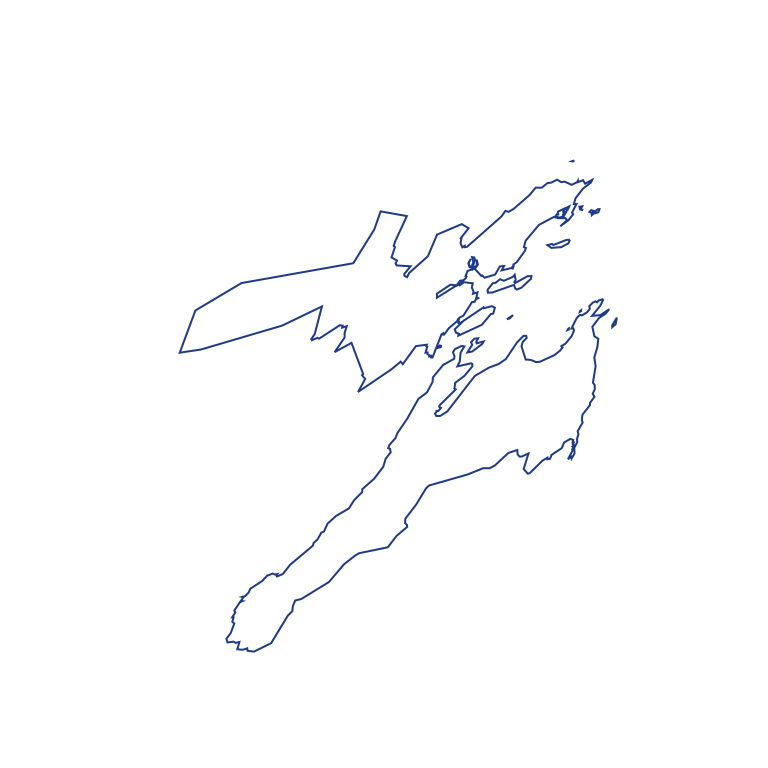 the district of Reykjavíkurborg, Reykjavík, Iceland, rotated 136°
{"feature_id": "244011B48219786980381", "entity_name": "Reykjavíkurborg", "entity_type": "district", "adm_level": 2, "iso_a3": "ISL", "parent_name": "Iceland", "parent_adm1": "Reykjavík", "projection": "equal_earth", "projection_center": [-21.784, 64.152], "detail": "fine", "context": "isolated", "style": "outline", "palette": "blue", "viewbox_px": 768, "rotation_deg": 136, "n_neighbors": 0, "source": "geoboundaries", "source_scale": "gbopen_adm2", "svg_char_len": 6171}
<svg xmlns="http://www.w3.org/2000/svg" viewBox="0 0 768 768"><g transform="rotate(136 384 384)"><path d="M670.3,291.0L666.0,288.9L667.5,286.9L663.4,281.8L645.2,276.0L614.0,284.2L607.7,284.3L604.1,287.4L598.3,290.0L592.9,286.8L561.1,279.8L538.0,282.1L523.5,280.6L519.3,279.5L494.7,263.9L480.4,266.0L466.6,265.1L465.4,266.7L465.5,269.3L462.2,272.3L444.8,274.9L426.3,279.7L422.1,279.7L386.2,260.6L371.2,254.6L366.5,250.0L360.9,248.4L342.5,248.0L334.0,244.0L336.8,240.5L336.9,237.6L335.3,236.1L328.3,233.7L342.6,225.8L342.9,219.6L341.1,218.6L323.4,218.8L317.6,217.5L318.7,216.3L316.5,214.9L312.7,216.6L300.7,214.4L295.0,216.8L288.1,215.1L286.8,212.3L288.9,211.0L288.0,210.1L290.0,209.4L289.6,208.1L291.8,208.2L291.5,207.2L293.9,206.3L293.6,205.5L303.9,202.1L299.8,201.6L300.8,200.1L295.2,201.7L291.4,205.9L285.3,208.0L283.1,210.6L279.0,212.8L277.5,215.5L267.8,218.3L266.8,220.6L262.5,224.1L250.6,225.7L248.8,227.3L241.4,228.7L240.7,232.0L236.2,233.7L233.2,236.8L232.8,239.8L219.4,249.8L214.3,257.0L205.1,262.2L198.4,267.6L199.5,272.2L194.4,280.4L183.6,282.1L175.9,280.7L170.0,281.3L180.6,283.3L187.0,288.5L174.2,290.0L168.1,292.2L168.0,293.2L171.4,294.9L174.0,294.8L174.4,296.5L177.4,297.5L182.3,297.4L183.7,295.1L188.1,294.5L194.1,295.9L194.9,297.6L199.2,297.7L210.6,293.7L209.1,292.5L210.3,290.4L216.0,288.0L225.5,287.0L230.0,288.0L230.0,286.3L234.2,285.7L241.3,286.4L256.4,291.7L259.3,294.0L261.7,299.4L265.1,303.2L258.9,315.6L254.9,317.9L249.4,318.0L248.3,319.8L250.1,321.7L259.5,321.5L279.0,317.3L287.6,318.7L297.1,322.9L313.2,326.7L357.6,320.3L365.6,321.9L368.6,324.5L367.9,327.2L364.5,327.7L365.6,328.8L363.5,326.9L359.6,327.2L360.1,329.2L359.3,330.0L336.1,330.3L336.5,331.8L331.9,335.4L320.5,334.0L308.1,335.3L306.6,337.1L307.0,338.4L319.0,345.7L313.8,347.6L307.0,353.4L300.1,355.2L301.6,357.4L308.7,359.8L312.3,359.0L314.1,354.9L316.0,353.4L328.2,356.6L344.2,354.8L347.7,351.7L359.0,348.1L369.6,349.4L391.4,342.9L408.4,339.4L413.3,337.1L422.4,336.4L425.5,334.9L424.7,333.2L426.6,330.2L434.7,329.1L442.0,325.0L456.9,322.7L472.6,323.4L475.0,321.4L486.2,321.2L495.5,318.9L510.2,322.4L521.6,322.8L529.5,319.6L532.4,320.6L540.0,318.3L544.9,318.6L547.4,317.1L576.8,319.2L588.8,317.6L594.7,319.9L594.3,321.4L592.9,321.5L594.9,322.8L595.7,324.9L601.2,327.3L608.2,326.9L622.3,329.6L626.3,328.0L631.3,327.9L633.9,329.3L633.2,328.2L637.6,327.4L636.6,326.1L639.3,327.1L649.0,325.0L649.6,323.0L655.4,321.6L654.4,320.6L658.3,318.3L658.1,315.7L667.3,311.3L674.3,310.2L676.1,306.8L671.2,303.2L670.6,300.8L667.2,298.9L673.8,295.1L670.3,291.0ZM330.7,369.4L308.1,379.8L306.4,379.4L307.2,378.5L306.4,377.7L298.6,379.1L288.0,378.4L284.7,379.5L287.0,378.3L288.1,376.2L287.9,375.1L286.6,374.2L295.2,374.2L296.6,370.8L295.2,368.2L296.9,367.1L272.5,358.6L258.7,360.1L256.4,358.8L251.2,361.9L252.4,365.1L259.6,369.2L259.2,370.0L287.4,375.0L286.5,377.8L283.7,379.4L279.4,378.0L263.8,381.8L261.8,380.2L258.8,381.2L255.6,379.8L258.2,381.6L253.0,385.0L257.3,387.1L255.5,388.1L253.8,392.4L250.2,394.8L255.7,401.6L260.7,402.4L260.2,403.2L265.2,404.9L286.0,409.3L283.2,412.2L267.2,409.3L263.2,404.5L257.6,405.5L256.2,404.5L257.7,403.6L257.6,403.4L251.5,403.4L250.0,404.0L250.5,404.9L245.3,407.3L241.2,405.3L240.3,406.7L241.3,408.8L239.4,412.3L234.6,413.8L239.2,412.0L240.8,408.5L239.7,407.5L235.1,409.6L232.5,414.1L231.2,412.3L232.0,410.4L239.0,406.5L240.4,404.7L238.1,404.2L239.6,405.0L238.8,405.9L235.2,404.6L230.9,409.2L233.5,404.7L238.7,403.6L238.9,394.1L238.0,393.9L237.8,390.6L228.1,385.5L219.0,388.1L215.7,385.5L220.4,384.0L211.8,378.9L209.2,379.1L212.0,377.2L208.6,378.9L207.9,380.1L203.9,379.4L190.3,381.9L187.4,383.2L188.3,385.3L182.5,388.7L161.9,390.8L146.1,386.3L144.7,384.3L143.3,384.3L144.6,385.5L141.9,386.0L139.8,384.7L141.3,385.9L139.0,387.1L132.4,384.9L136.4,383.0L131.7,384.4L127.4,383.1L130.7,381.8L132.3,382.6L131.5,382.0L133.8,381.2L135.3,382.3L136.6,381.8L135.3,380.9L138.3,380.6L137.5,380.0L138.4,379.7L144.4,383.2L138.4,377.3L138.3,375.7L139.2,374.7L147.6,375.0L137.6,373.7L130.0,374.7L129.7,376.7L120.5,379.8L122.4,381.6L117.1,384.6L105.2,386.3L95.1,385.2L92.4,386.2L100.2,388.4L99.2,392.3L104.0,394.3L103.1,395.6L104.9,395.0L110.7,397.0L113.4,404.0L116.3,406.1L117.5,410.7L123.6,412.6L126.9,415.0L134.1,415.6L138.5,419.9L147.8,418.8L169.2,419.9L174.8,421.3L176.4,424.2L183.0,422.9L229.0,425.0L230.9,426.4L230.0,427.4L232.7,427.9L231.1,432.2L227.0,435.0L228.4,435.4L214.9,437.3L217.0,445.0L242.0,454.6L263.7,445.4L288.8,446.4L293.2,444.8L294.1,447.6L292.9,449.1L283.1,450.2L292.6,460.6L291.9,462.6L288.9,463.8L290.7,469.8L281.0,474.9L281.1,476.6L276.8,478.9L250.9,488.9L266.5,510.5L283.7,501.9L322.2,492.2L416.4,555.6L468.6,567.9L509.2,548.4L491.6,535.9L416.8,496.8L374.8,482.9L399.2,468.0L405.2,466.8L405.4,465.6L399.9,463.5L399.2,461.7L375.1,457.0L373.2,454.7L374.9,453.6L370.7,451.5L376.7,448.2L380.1,444.8L397.4,441.2L378.8,436.2L392.1,405.6L393.7,405.6L394.0,400.7L408.2,396.3L368.6,389.4L356.5,388.5L356.7,385.2L334.7,389.1L325.9,382.5L327.3,382.0L327.1,380.7L332.4,377.7L330.7,376.4L332.0,375.3L331.4,373.1L332.3,372.4L330.6,371.6L331.7,370.3L330.7,369.4ZM205.1,357.6L203.0,359.2L205.8,361.8L219.5,365.5L219.5,366.8L217.0,367.4L214.1,371.8L216.7,371.5L226.1,375.0L227.7,378.7L233.5,379.3L235.8,380.9L244.1,379.8L245.8,377.5L242.6,374.6L221.6,365.0L223.3,361.5L222.8,359.6L218.1,357.8L205.1,357.6ZM285.8,344.6L282.8,345.4L289.1,348.9L288.4,350.2L284.5,351.5L287.5,353.8L292.2,353.7L293.4,350.9L302.1,348.8L298.0,346.1L285.8,344.6ZM169.9,370.4L169.1,365.7L161.4,359.3L153.8,357.1L150.9,358.2L150.8,359.4L153.1,361.1L165.7,366.4L165.8,368.0L169.9,370.4ZM114.8,361.0L110.5,358.6L107.5,360.1L108.7,361.2L114.3,361.8L114.7,362.4L113.0,363.1L114.2,365.2L116.8,365.0L115.7,362.8L117.2,361.1L114.8,361.0ZM180.3,266.3L175.9,266.1L170.4,270.0L178.9,267.8L180.3,266.3ZM248.1,343.9L243.3,343.9L250.6,345.2L248.1,343.9ZM121.7,373.5L120.2,370.7L120.6,373.3L118.0,374.1L120.3,375.7L121.7,373.5ZM320.2,372.6L317.4,371.1L316.4,371.9L317.2,373.0L320.2,372.6ZM193.1,299.9L191.7,299.5L191.0,300.1L192.4,300.3L193.1,299.9ZM214.5,295.3L213.2,294.9L212.4,295.6L213.2,295.8L214.5,295.3ZM93.4,412.7L91.9,412.7L94.1,413.7L93.4,412.7Z" fill="none" stroke="#1e3a8a" stroke-width="2"/></g></svg>